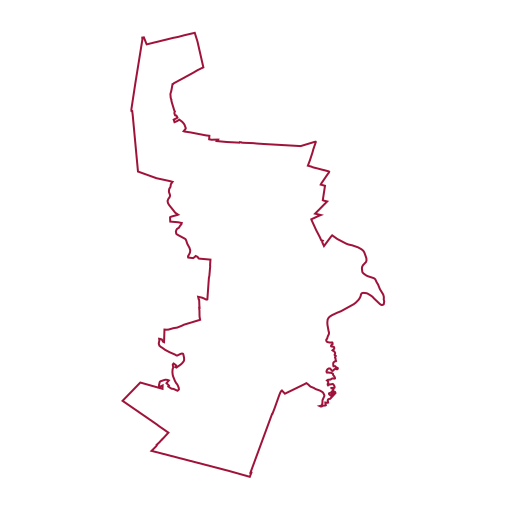 outline of Schitu, Giurgiu, Romania, rotated 182°
{"feature_id": "2599482B69197751187645", "entity_name": "Schitu", "entity_type": "district", "adm_level": 2, "iso_a3": "ROU", "parent_name": "Romania", "parent_adm1": "Giurgiu", "projection": "natural_earth1", "projection_center": [25.835, 44.132], "detail": "fine", "context": "isolated", "style": "outline", "palette": "rose", "viewbox_px": 512, "rotation_deg": 182, "n_neighbors": 0, "source": "geoboundaries", "source_scale": "gbopen_adm2", "svg_char_len": 6126}
<svg xmlns="http://www.w3.org/2000/svg" viewBox="0 0 512 512"><g transform="rotate(182 256 256)"><path d="M377.3,470.3L377.1,468.3L382.6,424.6L385.7,398.0L385.5,396.6L384.8,396.6L384.2,393.0L376.9,336.3L358.3,330.3L345.0,327.9L342.0,327.2L343.6,324.8L343.8,322.6L344.1,321.6L344.9,320.4L345.1,319.7L345.3,317.7L345.2,316.9L344.1,314.0L344.0,313.1L344.6,311.3L345.2,310.7L345.6,310.0L346.3,307.9L345.8,305.8L344.6,303.9L338.2,296.4L335.3,294.6L336.5,294.1L340.5,292.9L343.0,292.0L343.2,291.6L343.2,290.9L342.9,287.4L335.0,287.0L331.4,286.4L331.6,285.8L331.6,285.3L333.1,283.3L334.0,281.6L335.9,280.3L336.5,279.2L336.9,277.7L336.5,275.5L335.7,274.8L334.6,274.2L327.7,270.8L327.1,270.4L326.4,269.3L325.1,265.8L322.8,261.9L321.9,259.3L322.1,257.2L322.8,255.5L323.9,253.4L323.9,252.7L323.7,252.1L318.8,251.7L317.4,252.7L316.3,253.9L315.0,253.4L314.0,252.7L313.3,251.6L312.8,251.4L301.4,250.8L301.6,245.0L301.4,244.5L301.9,234.9L302.1,233.4L302.3,232.8L303.1,211.0L303.5,210.7L304.8,210.9L306.6,211.8L308.5,212.5L312.4,213.2L311.7,210.5L311.4,210.3L311.2,209.3L310.9,204.8L310.6,202.3L311.0,202.3L310.6,199.2L310.4,194.8L310.2,192.9L309.6,190.3L325.7,184.8L327.7,183.7L332.3,181.7L336.0,181.0L340.9,179.4L342.9,179.2L344.9,179.3L344.9,166.7L345.9,167.1L346.7,168.5L347.3,169.4L348.1,169.5L348.9,169.8L349.9,169.9L349.6,168.2L350.0,166.1L350.1,164.9L349.4,163.0L347.8,161.7L346.6,161.1L343.5,159.0L338.7,156.7L333.8,154.8L332.0,153.8L331.2,153.8L328.0,155.5L326.8,155.9L325.9,155.9L325.5,155.7L325.2,155.1L324.4,152.0L324.2,150.0L324.3,149.1L324.7,148.1L326.2,146.1L327.7,144.7L331.7,141.7L332.7,142.2L332.0,143.8L333.1,144.7L334.6,145.7L334.9,145.4L335.4,144.4L334.8,141.8L335.4,139.9L335.5,137.2L335.1,134.3L334.6,132.7L332.6,128.2L331.3,126.1L330.3,125.0L329.6,123.8L328.6,121.5L328.4,120.0L329.1,119.1L329.8,118.6L333.8,120.3L335.5,120.4L336.1,120.6L339.1,122.5L338.5,123.5L341.0,125.8L338.8,128.6L340.4,129.1L342.2,129.2L343.5,128.8L347.2,127.4L347.8,126.7L348.4,123.9L348.5,121.7L346.3,122.6L344.8,123.4L344.8,120.0L367.2,125.5L384.3,106.6L349.1,84.1L347.2,82.7L337.4,76.4L343.2,69.6L343.3,69.7L345.9,66.6L348.4,64.1L348.2,64.0L349.1,62.4L353.6,57.6L275.7,40.3L254.5,35.1L253.1,39.2L254.0,39.2L234.4,98.8L234.1,98.8L232.0,104.8L227.9,117.8L226.9,120.5L226.0,122.0L225.4,122.5L222.3,119.4L203.6,129.3L201.2,130.7L199.3,129.4L197.9,128.1L196.8,127.3L193.7,126.2L191.8,125.1L187.6,123.8L185.1,122.5L184.3,121.8L183.9,121.3L183.0,119.6L182.8,119.1L182.9,118.2L184.5,114.3L184.5,111.3L184.9,109.4L185.4,108.8L187.1,108.3L185.9,107.8L185.0,108.0L184.0,108.7L181.6,109.0L181.0,109.3L181.6,111.6L181.6,112.0L179.4,111.8L178.8,112.0L179.3,114.3L178.9,115.2L178.0,115.7L176.9,115.9L171.8,121.8L172.0,122.5L172.3,122.9L172.8,122.9L173.4,122.7L175.4,120.4L176.1,119.2L176.4,119.1L176.9,119.4L178.1,120.4L178.3,121.0L178.2,121.3L176.3,122.1L175.3,123.4L174.2,124.3L173.9,124.6L173.9,125.0L174.0,125.3L174.9,126.1L176.0,126.4L176.1,126.7L175.8,126.8L173.3,126.9L172.9,127.2L172.9,127.7L173.0,128.5L174.0,130.1L174.8,130.8L177.3,130.2L177.8,130.4L178.2,130.3L178.6,130.0L179.1,129.3L179.5,129.2L179.8,129.7L179.9,130.5L179.5,131.7L179.4,132.7L180.0,133.5L180.7,134.1L179.7,134.8L177.3,135.1L175.5,136.3L173.2,136.2L172.8,136.4L172.8,136.8L173.3,138.0L174.8,139.9L174.9,140.8L175.6,141.4L177.5,142.0L178.8,141.9L179.8,142.2L180.9,141.9L181.1,142.0L181.5,142.8L181.5,143.4L181.0,144.7L180.6,145.3L179.5,146.1L178.2,146.2L177.2,145.3L176.1,144.0L175.7,143.8L175.0,144.1L173.8,145.4L172.8,146.1L171.3,145.6L170.7,145.7L170.4,146.1L170.3,146.7L170.6,147.0L172.1,147.6L173.0,148.6L173.3,148.7L174.7,148.5L174.9,149.0L175.1,151.2L174.9,152.2L174.0,153.1L173.1,153.6L172.5,153.6L172.3,153.8L172.8,154.9L172.9,156.2L173.5,157.2L173.4,157.8L172.9,158.3L172.8,159.0L173.9,159.7L174.0,160.0L173.5,161.6L173.5,161.8L174.4,163.3L175.0,163.7L175.9,164.1L176.3,164.4L174.6,166.1L174.6,166.9L174.9,167.7L175.3,168.0L177.5,168.2L177.9,168.6L177.8,169.0L177.4,169.8L176.4,170.6L176.4,170.9L176.6,172.1L176.9,172.3L178.7,172.1L179.5,172.1L181.7,172.5L182.4,173.1L182.7,173.6L182.9,174.5L182.7,175.1L182.0,175.9L181.8,177.0L181.1,179.2L180.8,179.5L180.4,180.7L180.4,182.3L180.8,183.3L182.2,189.7L182.4,191.8L182.2,195.0L181.2,196.9L180.0,198.1L178.0,199.5L173.0,202.1L169.1,203.8L156.7,211.2L154.6,212.9L151.8,216.0L150.6,218.1L149.9,220.0L149.8,221.1L149.2,222.2L148.5,222.7L147.3,222.9L144.4,222.7L143.3,222.4L139.7,220.4L138.0,219.2L137.0,218.1L130.6,212.4L129.1,211.5L128.4,211.4L127.4,211.7L126.7,212.2L126.5,213.2L126.3,215.2L126.8,216.9L126.8,219.5L127.5,221.9L131.0,227.2L133.0,231.7L134.4,233.8L136.0,236.9L137.0,237.7L137.9,238.1L143.2,239.6L145.0,240.3L147.7,242.1L148.8,243.1L149.2,243.9L149.7,247.0L149.6,248.7L148.8,250.5L145.9,253.8L145.4,255.3L145.6,257.5L146.6,260.2L147.9,263.4L149.0,265.0L150.8,266.4L154.3,268.2L160.1,270.0L163.9,270.7L166.3,271.5L175.3,275.8L180.6,279.3L181.7,278.0L188.4,268.3L190.2,271.9L190.3,272.8L189.8,273.6L190.5,273.8L191.0,273.7L191.3,273.9L193.1,277.5L196.9,284.2L201.5,293.4L202.0,294.6L194.5,298.4L192.7,299.2L198.4,300.4L186.8,313.0L190.6,313.8L191.2,314.1L189.5,328.6L193.8,329.6L193.3,330.7L187.3,340.2L186.2,341.7L185.8,342.7L186.2,343.1L202.5,346.7L203.6,347.2L207.3,348.1L205.4,353.7L203.1,361.7L202.5,364.4L200.3,371.7L200.2,372.0L200.4,372.3L201.1,372.2L215.2,367.4L251.8,368.2L258.7,368.4L262.8,368.7L272.0,368.7L274.2,368.8L275.0,369.2L275.4,369.1L276.3,369.2L276.5,368.7L289.1,368.9L299.5,369.5L299.4,370.0L298.0,370.3L297.8,371.0L302.5,370.8L304.2,370.6L306.9,371.0L306.8,374.5L310.3,374.8L325.6,377.2L331.8,377.9L332.7,378.2L330.7,380.8L330.7,381.4L332.0,384.6L332.8,385.8L334.4,387.5L337.1,389.4L337.4,389.6L339.5,388.1L342.1,386.9L343.0,389.4L340.2,390.9L339.3,391.5L340.0,392.9L340.3,393.3L340.8,393.7L341.5,393.6L341.8,393.8L342.5,395.6L342.5,396.6L342.1,397.6L342.7,398.4L345.4,406.3L346.0,408.4L346.0,409.3L346.4,409.9L346.8,411.3L347.2,414.9L346.3,418.7L345.4,424.9L344.8,425.0L344.1,425.8L325.9,436.5L320.7,439.8L315.2,442.7L322.0,468.4L325.0,476.9L335.4,474.1L341.6,472.2L346.4,471.1L372.6,463.7L373.0,464.4L375.7,470.6L377.3,470.3Z" fill="none" stroke="#9f1239" stroke-width="2"/></g></svg>